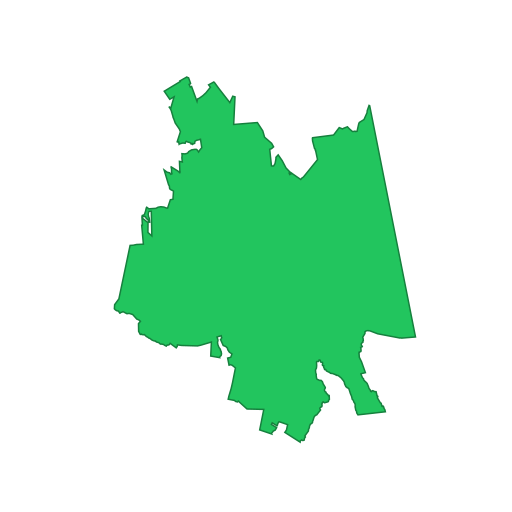 San Juan del Río, Querétaro, Mexico (Equal Earth projection), rotated 344°
{"feature_id": "50627088B99493350429125", "entity_name": "San Juan del Río", "entity_type": "district", "adm_level": 2, "iso_a3": "MEX", "parent_name": "Mexico", "parent_adm1": "Querétaro", "projection": "equal_earth", "projection_center": [-100.015, 20.377], "detail": "fine", "context": "isolated", "style": "filled", "palette": "green", "viewbox_px": 512, "rotation_deg": 344, "n_neighbors": 0, "source": "geoboundaries", "source_scale": "gbopen_adm2", "svg_char_len": 6116}
<svg xmlns="http://www.w3.org/2000/svg" viewBox="0 0 512 512"><g transform="rotate(344 256 256)"><path d="M334.1,419.7L333.9,419.4L332.9,419.2L331.1,417.6L330.4,417.6L329.5,418.2L328.9,417.7L328.9,416.4L328.1,414.4L328.1,412.6L327.7,409.1L326.6,407.0L326.1,406.6L326.1,406.1L325.4,405.0L325.5,403.7L324.8,402.4L324.3,398.6L324.4,398.1L329.0,398.3L328.3,386.9L327.4,381.8L328.1,378.5L328.1,377.8L328.6,377.5L328.6,376.9L330.5,376.7L331.1,375.4L331.1,374.5L331.4,373.8L331.4,372.7L333.0,372.5L333.3,372.1L332.7,371.1L332.9,369.5L334.6,368.3L335.0,368.3L335.1,367.3L335.8,367.1L336.2,364.9L336.2,363.5L339.1,360.8L339.5,360.3L339.8,359.1L340.1,358.7L341.6,358.3L343.3,358.6L343.8,359.0L344.7,359.2L351.5,364.3L371.7,374.5L372.2,374.5L373.5,375.1L387.0,377.8L406.7,142.9L406.2,142.4L403.0,146.9L402.2,148.9L397.4,154.6L392.1,156.1L391.2,157.2L387.5,164.0L386.0,163.8L385.9,163.5L385.3,163.2L384.7,163.3L383.0,162.9L380.8,159.5L379.5,157.0L375.2,157.4L374.2,157.7L371.4,155.5L363.9,161.1L343.0,157.9L342.7,158.2L342.1,161.0L341.9,168.7L342.2,169.0L342.4,170.5L342.2,170.5L342.3,172.0L341.7,180.3L323.3,193.2L321.4,193.8L320.1,194.8L313.0,186.1L312.5,186.7L310.9,187.0L310.7,185.4L312.4,185.3L311.7,184.5L309.1,179.6L307.5,171.7L305.2,164.9L302.4,166.6L301.9,168.2L299.8,172.4L297.8,174.3L296.7,174.1L295.7,173.6L298.6,157.2L300.5,157.1L303.0,155.9L302.1,152.0L297.0,144.2L297.0,137.6L294.1,128.1L270.8,123.4L279.7,97.2L277.7,96.0L273.1,101.3L266.4,84.6L263.9,77.8L263.4,77.1L257.6,78.4L258.7,81.2L252.9,85.3L248.9,87.3L244.9,88.7L243.2,88.9L241.9,91.2L240.8,75.3L239.4,75.5L239.0,72.6L240.1,72.5L240.7,72.1L240.3,66.1L238.7,65.1L238.7,64.9L231.1,66.7L231.3,67.4L213.2,72.3L216.3,81.6L221.1,80.4L214.9,90.3L213.4,88.4L214.2,90.7L214.6,92.9L214.6,98.9L214.5,99.9L214.8,102.1L215.0,105.9L217.3,112.8L217.6,115.7L211.7,124.5L212.2,124.9L213.1,125.0L212.9,127.4L213.3,127.2L216.8,127.2L219.0,128.1L220.2,126.6L220.8,126.6L221.6,127.5L223.8,128.8L224.5,129.9L224.5,130.5L225.0,130.6L225.0,130.2L225.3,130.3L225.3,130.6L225.8,131.3L226.0,131.2L226.1,130.4L227.1,130.9L228.1,130.8L228.9,128.9L230.7,128.4L234.4,128.6L234.9,127.8L233.7,137.0L231.5,138.4L229.5,140.2L228.8,138.0L228.0,137.0L226.6,136.6L223.3,136.2L220.1,137.1L218.6,138.3L215.9,138.3L213.0,137.2L212.6,139.2L211.8,141.2L211.1,145.3L208.5,143.9L206.2,153.4L206.2,154.3L205.7,154.9L204.5,153.0L199.0,146.9L198.9,147.0L198.7,149.5L197.9,152.2L197.9,153.8L196.6,154.0L195.9,152.2L193.6,150.9L191.4,148.0L191.6,163.5L192.0,164.6L191.6,167.2L191.9,168.3L194.6,170.8L191.8,178.6L189.2,178.3L184.2,185.6L183.0,185.1L181.0,183.6L178.1,182.4L175.3,182.1L173.0,182.6L166.0,181.1L164.4,179.0L163.8,179.5L162.1,182.6L160.4,185.0L159.7,185.6L157.8,185.7L157.3,187.1L159.3,187.2L159.8,187.5L160.4,187.5L160.6,187.9L160.9,189.7L162.2,191.5L162.4,194.0L163.1,194.2L163.8,190.2L163.6,188.8L163.9,186.2L165.0,183.9L165.6,183.6L167.7,184.1L161.4,208.0L158.6,203.6L161.4,194.2L156.9,187.9L155.3,195.0L154.6,194.9L151.0,213.6L144.3,212.0L141.0,211.8L137.9,211.1L112.4,259.4L106.7,263.8L105.3,267.7L106.0,269.0L106.9,270.1L108.6,271.1L109.3,273.4L109.5,273.5L110.1,273.0L111.6,273.1L112.8,272.8L116.0,275.9L118.2,276.2L121.3,278.2L124.0,283.8L125.7,285.1L126.9,286.9L124.4,288.6L122.4,296.1L123.1,299.4L123.7,299.7L124.4,299.5L124.8,300.1L126.0,300.7L127.0,300.7L128.5,303.3L129.3,303.9L130.5,305.5L131.4,306.1L132.8,308.1L134.3,309.3L135.5,309.8L135.6,310.2L136.2,310.7L136.3,310.6L136.8,311.4L138.6,312.4L139.5,313.9L140.2,314.5L140.9,314.6L142.8,315.6L143.4,316.5L144.9,317.9L146.1,317.1L146.9,317.4L148.2,317.3L149.4,316.3L154.0,322.3L155.4,321.1L156.0,319.8L159.9,321.5L175.0,326.3L178.2,326.5L189.4,326.4L184.9,339.7L193.1,343.7L193.1,343.4L193.7,342.6L195.0,342.1L195.9,340.6L196.2,337.9L195.8,337.3L196.0,336.3L195.8,335.1L195.2,333.8L194.9,330.6L195.3,328.0L195.6,327.8L196.3,326.3L196.2,323.1L200.6,323.0L200.4,324.6L200.6,324.9L199.9,326.0L198.9,326.4L199.8,333.0L201.9,334.6L203.0,336.3L203.1,338.6L203.9,341.1L205.9,343.5L203.8,346.4L200.6,346.3L200.0,353.5L201.7,353.5L202.9,354.4L205.4,357.9L198.4,371.5L195.5,376.7L191.2,383.4L189.8,386.0L195.5,388.9L196.3,390.2L198.0,391.2L199.0,390.6L205.2,400.6L221.2,405.6L211.6,424.2L222.0,431.4L221.9,430.8L224.5,429.0L226.4,428.7L228.5,426.7L224.4,422.2L225.6,420.8L229.4,425.0L230.2,424.2L230.5,423.3L232.5,421.6L239.9,426.8L237.3,431.7L235.1,433.5L247.1,447.1L247.5,446.0L249.2,445.4L250.1,446.3L251.5,446.3L252.5,444.4L253.6,443.6L253.4,442.4L258.1,438.7L258.8,436.9L259.2,436.7L260.0,435.6L260.6,434.2L262.0,432.6L263.6,432.3L263.9,431.8L264.4,431.6L264.9,430.4L265.7,429.5L267.2,427.1L268.3,426.1L269.5,425.5L270.5,425.5L275.6,421.8L275.2,420.7L275.3,419.9L277.0,419.0L277.5,419.1L277.8,418.9L278.4,417.6L278.3,416.5L278.8,416.3L279.0,415.5L279.5,415.3L280.3,414.7L280.6,414.8L281.1,415.7L281.5,416.0L284.9,416.0L285.5,415.8L285.6,415.2L286.3,414.5L287.0,414.1L287.8,410.8L287.4,411.0L287.0,409.4L285.7,407.1L285.7,406.1L284.9,405.3L284.8,404.3L284.8,403.9L285.2,403.0L286.2,402.0L286.4,401.4L285.3,397.4L285.2,395.1L284.2,393.4L283.0,393.2L281.0,391.5L280.6,391.0L280.5,390.6L280.9,387.4L281.3,386.6L281.3,386.1L281.2,384.8L281.8,381.9L283.2,380.4L284.1,378.1L284.9,374.6L285.4,374.2L286.8,374.6L288.0,373.3L288.4,373.4L289.0,374.0L288.8,375.1L289.1,375.9L290.6,376.6L290.4,377.8L289.9,378.5L289.8,379.0L289.8,379.5L290.8,380.1L290.4,381.1L290.5,382.4L290.8,383.2L290.6,383.9L290.8,384.2L291.6,384.3L291.8,384.7L291.9,385.6L292.4,386.3L294.6,388.2L295.3,389.3L297.6,390.3L298.7,391.3L299.3,391.5L299.7,392.2L300.3,392.3L300.7,393.0L302.0,393.5L304.2,396.6L305.8,400.3L306.1,401.9L305.9,403.2L306.4,406.4L307.0,407.0L307.1,407.5L307.9,408.0L308.1,408.6L308.7,409.3L308.8,414.0L309.2,417.5L309.0,420.2L309.7,421.5L309.9,423.9L310.3,424.6L310.4,425.8L310.0,427.7L309.6,428.4L309.8,428.9L309.6,429.5L309.4,431.7L309.8,432.7L309.6,434.7L310.2,436.8L337.4,441.4L337.5,439.2L337.0,437.7L337.2,436.5L336.7,435.2L336.0,435.5L335.7,435.3L335.7,432.2L335.6,431.8L335.1,431.5L333.6,425.8L334.4,424.7L334.3,424.1L333.7,423.7L333.7,423.3L334.0,422.2L333.9,421.1L334.1,419.7Z" fill="#22c55e" stroke="#15803d" stroke-width="1.5"/></g></svg>